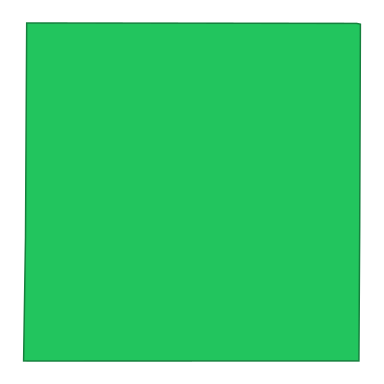 outline of Russell, Kansas, United States of America
{"feature_id": "52423323B78124192101177", "entity_name": "Russell", "entity_type": "district", "adm_level": 2, "iso_a3": "USA", "parent_name": "United States of America", "parent_adm1": "Kansas", "projection": "mercator", "projection_center": [-98.732, 38.915], "detail": "fine", "context": "isolated", "style": "filled", "palette": "green", "viewbox_px": 384, "rotation_deg": 0, "n_neighbors": 0, "source": "geoboundaries", "source_scale": "gbopen_adm2", "svg_char_len": 232}
<svg xmlns="http://www.w3.org/2000/svg" viewBox="0 0 384 384"><path d="M356.6,23.4L26.7,23.0L25.5,237.8L23.6,360.9L29.4,361.0L358.9,360.9L359.7,226.4L360.4,24.2L356.6,23.4Z" fill="#22c55e" stroke="#15803d" stroke-width="1.5"/></svg>